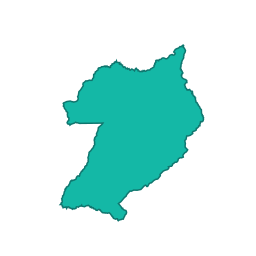 Sucumbios, Sucumbios, Ecuador, rotated 198°
{"feature_id": "8360857B67239224798881", "entity_name": "Sucumbios", "entity_type": "district", "adm_level": 2, "iso_a3": "ECU", "parent_name": "Ecuador", "parent_adm1": "Sucumbios", "projection": "natural_earth1", "projection_center": [-77.598, 0.397], "detail": "fine", "context": "isolated", "style": "filled", "palette": "teal", "viewbox_px": 256, "rotation_deg": 198, "n_neighbors": 0, "source": "geoboundaries", "source_scale": "gbopen_adm2", "svg_char_len": 5835}
<svg xmlns="http://www.w3.org/2000/svg" viewBox="0 0 256 256"><g transform="rotate(198 128 128)"><path d="M64.7,142.7L65.5,143.8L64.9,144.9L63.4,146.0L62.5,147.1L62.9,148.7L62.4,148.9L61.2,151.0L61.3,152.0L60.3,152.4L60.8,153.8L60.7,155.1L61.0,156.4L60.8,156.6L59.6,156.7L59.4,157.3L58.8,157.8L58.9,159.7L59.4,160.5L59.3,161.1L60.1,161.8L60.3,162.5L60.6,162.3L61.2,162.7L61.5,163.7L62.5,164.4L63.9,168.1L65.4,168.9L66.3,170.1L68.4,171.5L68.6,172.1L69.6,172.6L70.1,173.4L71.3,173.6L71.6,174.0L71.7,174.5L73.0,176.5L73.0,177.4L74.0,177.7L74.1,178.4L74.7,178.7L75.7,178.7L76.6,179.8L77.1,180.7L77.7,180.3L78.1,180.6L78.1,181.3L77.7,181.7L77.8,182.3L78.5,182.8L78.8,182.5L79.9,182.6L81.3,183.7L81.6,183.4L82.1,183.2L82.4,182.7L83.0,182.8L83.4,182.4L83.9,182.5L84.6,183.6L86.0,184.1L86.2,185.0L87.6,186.5L86.7,189.3L86.1,189.5L86.6,190.3L86.5,190.7L86.8,191.3L87.2,191.3L88.0,191.9L89.1,191.8L91.1,192.1L92.3,192.8L93.2,193.9L93.2,194.5L93.5,194.5L93.6,195.9L93.2,196.0L92.8,197.2L93.1,197.7L93.6,197.9L94.2,198.9L95.2,199.1L95.5,200.2L96.5,200.4L96.4,201.0L96.7,201.7L96.5,202.6L97.0,203.1L96.9,204.1L97.3,205.3L96.9,206.1L97.3,206.5L97.2,207.4L97.4,208.6L96.7,211.9L97.3,213.4L97.2,214.2L97.6,215.0L97.1,217.9L97.3,219.5L99.2,221.4L100.5,221.9L100.5,223.5L100.9,223.9L101.5,223.6L102.6,221.7L103.7,221.5L104.5,219.8L106.4,218.3L107.3,217.3L108.0,214.5L107.4,214.0L106.5,213.9L106.2,213.5L106.2,212.5L106.9,211.5L107.6,211.2L108.4,211.6L109.0,211.4L110.5,210.2L110.9,209.6L111.2,207.9L112.4,205.9L113.7,205.5L115.3,205.7L116.3,205.5L117.2,204.9L117.8,203.5L119.5,202.7L119.6,201.4L120.0,201.3L121.2,201.6L122.2,201.0L122.4,200.3L121.8,199.3L122.5,197.8L122.1,196.7L122.6,195.6L122.2,194.9L122.2,194.1L123.7,192.2L124.6,191.4L125.2,189.9L127.3,189.1L128.8,187.4L129.4,187.3L130.1,187.7L130.6,187.0L131.4,187.3L131.7,186.2L132.6,186.3L133.0,185.6L133.6,185.6L134.1,185.3L134.9,185.7L136.1,185.5L136.3,186.4L137.7,186.6L138.6,187.4L138.9,187.2L139.3,186.3L139.5,184.4L140.3,184.8L142.6,185.3L143.0,185.0L143.5,183.8L144.1,183.6L145.4,184.8L146.5,183.9L147.1,184.7L148.2,183.8L149.7,185.1L150.2,185.1L151.1,184.3L151.7,185.0L152.5,185.3L152.7,186.1L153.9,186.1L154.6,186.9L155.3,186.0L155.9,186.1L156.1,186.6L156.1,187.7L156.7,187.4L159.2,187.1L159.7,188.1L159.9,186.8L160.6,187.0L161.2,186.4L161.3,185.9L161.0,185.3L163.0,183.9L162.8,182.7L163.8,181.8L163.8,181.1L163.4,180.3L163.6,180.0L164.5,179.8L165.3,180.3L166.6,179.9L167.2,180.5L167.8,179.6L168.5,179.2L169.0,179.9L170.7,178.6L171.9,178.2L172.8,176.9L174.4,176.1L174.8,175.4L174.5,174.7L174.5,173.8L175.2,173.1L175.7,171.9L176.4,171.3L176.2,169.4L177.2,168.4L176.3,165.3L176.8,164.2L177.0,162.2L178.1,161.8L179.4,161.6L181.4,160.1L182.7,159.8L183.7,157.9L184.5,156.9L184.4,155.6L183.7,154.7L183.7,153.9L184.9,149.4L185.9,147.4L185.3,143.6L185.6,142.3L184.5,140.8L184.3,139.5L185.1,137.5L187.7,135.8L188.6,136.0L189.3,135.7L191.2,135.8L194.3,134.3L197.0,131.9L197.2,131.4L196.0,130.1L196.3,129.2L196.1,128.6L195.1,128.2L194.5,127.0L192.5,125.8L192.1,125.0L191.6,124.5L190.7,124.5L190.0,123.8L190.0,122.5L188.8,119.9L187.3,119.3L186.7,117.0L187.3,116.1L187.6,114.4L187.3,113.9L186.3,113.2L184.6,113.6L184.1,112.8L183.2,114.1L180.4,116.2L179.6,117.3L178.5,117.1L177.5,117.4L175.6,117.4L153.4,124.9L154.1,122.8L156.3,119.3L155.8,116.4L156.2,112.7L155.3,111.1L156.1,109.9L156.7,107.9L156.1,107.2L156.5,106.2L155.3,104.2L155.2,103.2L154.6,102.4L154.6,101.3L155.1,100.2L154.8,99.3L155.1,98.8L155.2,97.9L155.8,96.9L156.3,95.0L157.5,92.8L157.1,91.6L157.2,91.1L156.9,89.9L156.9,87.3L156.5,86.7L156.1,86.5L156.0,85.1L155.4,83.7L156.0,81.7L155.7,79.5L156.6,78.9L157.1,77.8L156.8,76.8L157.1,75.7L158.1,74.1L158.0,73.0L158.9,72.5L159.1,70.6L159.6,69.3L159.3,68.6L159.3,67.2L160.7,67.1L161.3,66.5L161.8,65.1L161.6,63.6L162.1,62.9L163.3,61.6L164.0,61.5L164.3,60.9L165.2,61.0L165.2,60.5L166.0,60.1L165.9,59.7L166.3,59.2L166.3,56.8L166.6,56.0L166.7,54.6L167.4,53.6L167.7,53.5L168.3,52.6L168.1,52.0L168.7,51.2L168.4,50.6L168.5,50.1L168.9,50.0L168.5,49.0L168.9,47.3L168.6,46.5L168.6,43.9L169.2,43.2L168.8,41.9L169.2,40.1L168.5,39.5L168.4,38.7L167.9,38.3L167.7,36.6L168.3,36.3L168.2,35.5L168.7,34.3L167.8,34.6L166.9,34.2L166.0,33.5L166.1,33.0L165.5,32.8L165.1,32.1L163.0,33.5L162.3,33.2L161.9,33.8L161.7,33.6L161.9,32.9L161.5,32.5L161.4,33.5L160.5,34.6L159.3,34.4L159.1,33.9L158.6,34.2L156.6,33.8L156.2,34.0L155.7,33.7L155.4,34.5L154.4,34.3L152.6,35.5L152.8,36.3L152.7,37.0L151.6,37.4L150.7,37.4L150.1,38.5L148.7,39.2L148.3,40.2L147.9,39.4L145.0,39.7L143.9,40.9L142.8,41.7L142.1,41.7L141.8,42.2L140.3,41.8L139.5,41.0L138.7,41.8L138.5,41.7L138.6,41.0L138.3,40.9L137.6,40.8L137.0,41.3L136.4,41.4L135.8,40.6L133.7,40.7L133.0,39.9L131.7,40.2L130.8,41.5L129.9,41.7L129.4,41.2L128.9,41.4L128.4,40.8L126.2,39.6L124.4,39.9L123.9,40.3L123.4,40.1L121.9,40.6L121.2,40.6L119.7,41.6L118.1,40.9L117.4,40.2L116.1,39.5L115.9,39.0L115.0,38.8L114.7,38.3L114.3,38.2L113.9,37.6L111.4,37.5L110.8,38.2L110.0,38.4L109.0,37.0L108.6,36.8L108.2,37.5L106.9,38.5L106.3,38.7L105.5,39.5L104.3,39.9L104.3,41.5L104.0,42.7L103.9,44.4L103.2,45.6L103.2,47.0L103.8,48.2L104.5,48.9L105.9,48.8L107.4,49.1L108.3,50.1L108.9,49.7L110.3,51.0L113.8,53.2L112.0,55.7L109.9,60.8L108.7,62.6L108.7,63.8L108.3,65.1L106.7,68.6L105.2,69.0L103.4,70.7L100.0,71.7L96.8,73.5L95.9,75.3L94.9,77.6L93.8,79.0L93.1,79.0L92.1,78.2L91.3,78.5L90.6,81.7L89.7,82.7L88.8,83.1L87.2,86.1L85.9,87.6L84.1,88.6L83.8,89.0L82.5,92.6L83.2,93.8L81.1,98.0L79.4,99.5L77.8,100.5L77.0,101.6L76.8,102.8L77.6,103.6L76.0,104.6L74.8,105.1L74.3,106.0L74.5,107.5L73.7,108.2L72.8,109.9L71.1,110.6L70.4,112.2L70.6,113.8L70.4,114.5L69.4,115.7L67.7,116.3L66.4,117.4L67.3,118.9L67.2,119.9L66.4,121.9L65.1,123.4L64.5,125.7L67.7,127.4L68.4,129.4L68.6,130.9L69.5,132.4L70.1,133.8L69.3,135.1L69.7,138.5L68.3,139.1L66.5,140.3L64.7,142.7Z" fill="#14b8a6" stroke="#0f766e" stroke-width="1.5"/></g></svg>